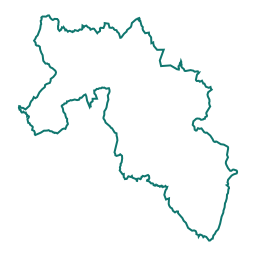 outline of Alausi, Cañar, Ecuador
{"feature_id": "8360857B82258447900817", "entity_name": "Alausi", "entity_type": "district", "adm_level": 2, "iso_a3": "ECU", "parent_name": "Ecuador", "parent_adm1": "Cañar", "projection": "equal_earth", "projection_center": [-78.792, -2.325], "detail": "fine", "context": "isolated", "style": "outline", "palette": "teal", "viewbox_px": 256, "rotation_deg": 0, "n_neighbors": 0, "source": "geoboundaries", "source_scale": "gbopen_adm2", "svg_char_len": 5711}
<svg xmlns="http://www.w3.org/2000/svg" viewBox="0 0 256 256"><path d="M86.3,25.6L84.6,26.2L84.0,27.0L83.7,26.3L82.5,25.5L82.2,29.2L81.6,29.7L79.7,29.5L78.0,31.0L74.9,30.1L73.6,31.6L72.7,31.4L72.4,32.0L69.7,30.8L68.5,31.1L67.9,31.7L66.2,29.7L65.3,30.3L64.7,28.7L63.8,27.4L63.7,27.8L62.0,27.3L61.7,28.5L61.1,29.1L61.1,29.7L59.5,30.9L58.1,29.0L58.0,26.0L58.4,25.0L58.4,23.3L58.7,21.9L58.2,20.1L57.2,19.0L54.4,18.9L53.4,19.8L52.5,19.9L50.6,18.3L49.0,15.4L47.8,15.5L46.1,16.6L42.5,16.5L41.5,17.3L41.3,17.8L41.7,18.4L41.4,20.0L40.7,20.9L41.2,24.1L40.7,25.0L40.2,28.7L37.6,35.4L36.1,36.9L35.4,38.7L34.1,40.7L35.6,42.7L35.8,44.8L36.8,45.6L38.4,45.7L39.8,46.7L40.2,49.7L41.4,53.0L42.6,55.1L43.3,60.8L45.5,63.6L47.3,63.5L47.8,64.0L48.9,64.2L49.5,65.9L50.4,67.3L52.4,68.2L55.3,70.7L56.0,72.2L55.9,72.9L55.5,74.3L53.4,76.9L50.7,78.9L50.6,80.9L49.8,82.9L46.6,84.0L45.1,85.0L44.8,87.1L42.1,89.3L39.4,92.4L37.1,97.1L35.3,98.2L33.8,97.1L32.5,99.9L31.4,100.9L30.4,102.7L29.5,105.7L25.5,109.4L23.0,107.9L21.1,107.8L20.3,107.1L20.1,106.3L19.2,106.1L18.9,107.8L19.6,109.8L20.6,110.0L21.0,111.5L21.8,112.5L22.9,112.4L23.4,111.7L24.6,112.7L25.8,112.6L26.1,114.0L27.1,114.7L27.1,116.2L27.8,115.7L28.9,116.4L28.7,117.6L27.4,119.1L28.3,122.9L29.0,122.9L29.7,123.4L30.0,124.6L32.5,126.5L32.8,127.1L32.1,129.9L34.1,130.9L34.8,132.5L34.8,134.4L35.3,135.0L40.7,132.7L43.9,130.7L47.0,130.6L48.7,130.2L50.1,131.2L51.8,131.3L53.3,132.5L53.8,132.3L54.7,133.0L55.8,132.7L57.4,133.4L62.4,129.1L64.1,128.5L65.4,128.9L66.8,125.4L67.8,124.4L67.8,123.3L67.1,121.6L67.1,118.7L66.2,117.9L65.4,115.4L65.3,114.2L63.3,111.6L63.0,109.1L62.4,107.3L61.8,106.6L61.7,105.9L62.3,105.2L63.9,104.4L64.4,103.5L65.9,103.4L66.7,102.7L67.0,101.4L67.7,101.5L70.8,100.1L71.6,100.4L74.7,99.5L77.1,100.1L78.9,99.8L79.4,99.3L79.4,98.6L80.2,97.7L81.5,97.8L83.8,95.3L85.5,94.5L86.3,96.3L87.1,100.7L89.7,107.0L89.9,106.5L90.7,106.4L90.4,105.1L90.6,102.7L92.6,101.3L92.6,98.8L97.0,98.7L95.6,94.8L94.4,93.5L94.2,90.5L95.2,90.4L96.8,88.9L98.2,89.0L99.2,88.3L101.3,88.2L102.1,87.5L103.2,87.8L104.3,87.6L106.2,88.7L108.9,88.2L109.4,89.6L109.6,91.2L109.3,92.6L107.8,95.4L108.4,99.7L107.3,102.9L106.5,107.5L105.8,109.1L104.3,111.4L104.3,114.9L103.5,117.3L103.5,118.5L104.9,120.6L105.6,122.6L109.8,126.2L111.2,128.0L112.1,128.3L114.7,132.6L116.5,133.3L116.6,135.8L117.1,137.5L117.4,140.4L114.5,152.3L115.2,153.8L115.4,155.3L116.6,155.9L119.2,155.1L120.2,154.3L122.0,155.8L122.2,158.4L121.6,162.4L120.5,164.1L120.8,165.0L119.9,167.3L120.2,168.9L119.7,170.4L122.6,174.3L123.8,174.0L123.7,177.0L124.4,177.8L124.9,179.1L126.7,178.9L128.4,176.3L130.9,177.0L131.9,176.0L132.5,177.7L135.8,179.0L136.9,180.5L136.8,181.7L137.2,180.9L136.9,179.2L137.1,178.8L138.9,178.5L140.5,179.2L140.9,178.8L141.6,176.8L142.1,176.8L142.8,175.9L144.5,176.4L148.0,175.0L149.0,176.0L149.3,178.1L149.0,179.0L147.1,180.2L147.0,180.8L149.2,181.4L151.1,183.4L152.7,183.4L153.8,184.7L153.7,185.2L155.0,185.7L155.9,184.8L156.2,185.4L157.4,185.2L158.1,186.0L159.4,186.1L159.9,186.7L161.1,185.8L161.5,186.4L162.1,186.0L162.9,187.1L163.9,186.5L165.1,186.6L165.5,186.0L166.7,187.1L167.2,187.0L166.6,188.9L165.9,189.6L165.2,191.3L164.3,194.9L166.0,199.5L169.0,198.4L168.7,203.9L169.2,205.6L170.4,207.5L172.0,208.4L173.0,210.8L175.0,212.4L176.6,211.4L178.0,211.5L178.1,213.2L182.4,218.1L183.7,220.8L185.9,222.8L188.1,227.9L192.1,230.7L194.1,230.4L195.6,231.0L196.4,232.6L196.4,234.2L198.5,235.1L198.7,236.5L199.9,234.6L200.5,234.6L202.5,235.6L203.3,237.2L204.4,236.2L206.3,236.9L209.1,240.6L210.0,240.5L212.1,238.6L212.7,238.6L213.4,235.5L214.8,234.0L216.1,231.4L217.8,229.8L218.5,228.6L220.1,223.7L221.6,216.7L223.3,212.7L223.5,210.6L224.6,207.4L225.0,203.3L225.8,201.7L226.8,198.2L227.0,194.7L228.0,193.1L228.4,189.2L229.0,188.4L228.9,187.4L228.4,186.6L226.8,185.2L227.7,184.9L228.1,184.2L228.1,183.3L227.5,182.5L228.1,179.7L231.6,175.6L233.6,174.4L236.7,173.4L237.1,172.2L237.0,171.2L236.5,170.5L233.8,169.6L233.0,169.6L231.3,170.8L230.2,170.8L228.1,168.2L226.3,164.7L225.8,163.1L226.0,161.5L228.0,157.3L227.0,154.9L228.1,148.7L228.1,147.5L227.8,146.8L223.8,144.6L220.8,144.2L216.6,141.6L215.8,141.5L215.1,142.0L214.2,141.7L213.4,140.9L212.6,139.1L210.3,135.6L206.8,132.6L205.6,132.8L204.2,132.2L201.5,128.4L199.5,128.8L198.0,128.2L196.6,130.5L195.9,130.6L194.7,129.7L194.4,126.8L192.7,124.9L193.4,121.3L196.2,118.8L197.2,118.5L199.6,118.7L201.0,119.8L203.0,119.5L203.6,118.9L204.8,118.8L205.3,117.0L206.8,116.4L207.0,115.6L206.3,113.7L206.4,112.6L210.2,106.4L209.5,105.0L209.1,102.9L209.5,101.6L209.4,99.5L207.9,96.5L207.5,94.6L208.2,92.2L211.7,89.6L210.9,88.6L210.5,87.0L208.8,87.8L205.9,86.7L204.4,83.6L203.3,83.6L202.0,80.7L199.8,81.7L198.8,80.8L196.8,81.0L196.1,80.3L195.9,79.7L196.9,75.1L197.3,74.2L198.4,73.5L199.0,72.6L198.4,72.7L197.8,71.3L194.6,71.7L193.4,70.7L190.6,70.1L185.7,71.0L184.6,70.8L183.8,69.0L182.1,67.6L181.3,66.4L181.6,64.7L181.1,63.2L181.3,62.0L181.0,61.2L180.8,62.1L180.0,62.9L180.0,64.3L179.6,64.4L179.6,65.4L178.6,66.1L178.5,66.9L179.0,68.5L178.8,69.6L177.0,69.2L170.5,65.4L161.1,66.1L159.8,60.5L163.7,49.7L157.1,49.8L154.0,46.1L153.3,43.8L153.2,42.4L151.4,43.2L151.1,37.3L149.1,34.7L148.9,32.6L145.2,33.2L143.0,30.2L142.6,28.8L142.8,27.1L141.5,25.6L140.3,21.0L139.6,21.0L139.6,18.7L139.2,18.0L138.5,18.3L138.4,18.7L137.8,18.7L137.8,19.1L137.5,18.8L135.9,19.5L131.9,23.0L131.3,25.9L130.6,27.3L127.7,29.5L126.9,30.3L126.6,31.5L124.0,33.8L121.3,37.5L120.3,37.8L119.0,33.7L118.2,32.5L117.3,32.0L116.5,30.2L115.0,30.0L113.9,29.2L113.5,28.2L112.4,27.5L111.4,27.9L109.5,27.6L108.5,23.7L104.7,23.1L104.7,25.1L103.5,28.0L100.5,27.8L99.9,28.7L100.1,30.0L99.9,31.2L97.9,32.4L97.3,33.2L94.1,28.8L93.0,28.6L90.5,29.7L89.7,28.0L88.0,27.3L86.3,25.6Z" fill="none" stroke="#0f766e" stroke-width="2"/></svg>